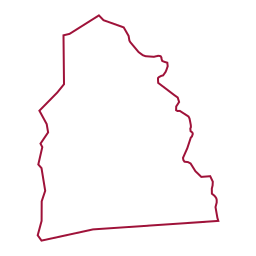 outline of Sabine, Texas, United States of America
{"feature_id": "52423323B20361031483491", "entity_name": "Sabine", "entity_type": "district", "adm_level": 2, "iso_a3": "USA", "parent_name": "United States of America", "parent_adm1": "Texas", "projection": "mercator", "projection_center": [-93.762, 31.373], "detail": "fine", "context": "isolated", "style": "outline", "palette": "rose", "viewbox_px": 256, "rotation_deg": 0, "n_neighbors": 0, "source": "geoboundaries", "source_scale": "gbopen_adm2", "svg_char_len": 1152}
<svg xmlns="http://www.w3.org/2000/svg" viewBox="0 0 256 256"><path d="M218.3,220.9L217.4,217.9L215.5,207.1L216.7,202.5L216.7,199.9L216.3,198.3L215.4,196.9L214.4,195.7L211.9,193.7L211.8,188.7L212.6,185.4L212.8,181.7L210.2,176.2L201.3,176.9L195.4,171.2L190.6,163.5L188.0,162.1L184.5,161.7L183.4,160.1L183.0,157.9L187.3,148.2L190.8,137.6L191.9,136.5L192.3,135.3L192.7,134.3L192.7,133.3L192.2,132.4L190.6,131.2L190.3,128.7L190.9,127.1L190.8,125.1L190.1,121.4L189.5,118.5L188.5,116.5L179.8,110.9L177.5,111.0L176.1,110.2L176.2,106.5L179.1,102.0L177.7,97.5L174.3,95.1L158.2,82.9L158.0,79.8L158.0,78.1L158.8,77.2L159.7,76.7L161.2,75.9L163.1,75.4L165.6,71.9L166.5,69.7L167.7,66.2L167.3,62.7L164.6,61.9L162.3,61.0L161.9,60.1L161.5,58.7L161.4,57.5L160.6,56.2L159.2,55.9L158.0,55.8L157.2,56.1L156.4,56.2L153.9,56.8L145.5,56.2L142.8,55.2L138.6,52.1L130.3,42.2L129.4,40.6L128.6,35.9L123.7,27.4L103.5,20.2L98.9,15.4L69.5,33.9L63.5,35.3L64.0,84.2L57.2,92.6L39.4,110.7L46.7,124.1L48.1,132.4L40.5,143.6L42.3,147.1L38.3,164.5L41.5,168.1L45.2,190.8L41.7,201.3L41.6,220.9L37.7,235.3L41.5,240.6L93.0,229.4L218.3,220.9Z" fill="none" stroke="#9f1239" stroke-width="2"/></svg>